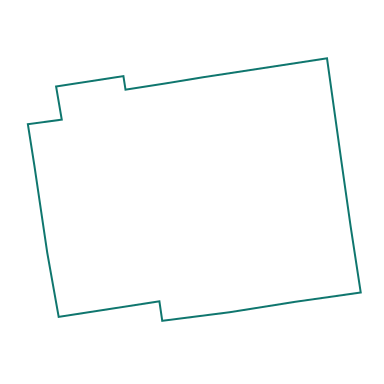 Kosciusko, Indiana, United States of America (Mercator projection), rotated 82°
{"feature_id": "52423323B75702565689180", "entity_name": "Kosciusko", "entity_type": "district", "adm_level": 2, "iso_a3": "USA", "parent_name": "United States of America", "parent_adm1": "Indiana", "projection": "mercator", "projection_center": [-85.876, 41.239], "detail": "fine", "context": "isolated", "style": "outline", "palette": "teal", "viewbox_px": 384, "rotation_deg": 82, "n_neighbors": 0, "source": "geoboundaries", "source_scale": "gbopen_adm2", "svg_char_len": 394}
<svg xmlns="http://www.w3.org/2000/svg" viewBox="0 0 384 384"><g transform="rotate(82 192 192)"><path d="M67.7,243.8L68.6,311.9L102.2,310.9L102.0,345.1L144.7,344.4L232.0,343.8L297.1,341.4L295.7,239.5L315.4,239.4L316.3,171.7L315.9,149.2L315.1,105.4L315.0,38.9L247.8,39.7L179.5,39.8L78.4,39.7L79.9,165.1L80.8,203.5L81.4,243.6L67.7,243.8Z" fill="none" stroke="#0f766e" stroke-width="2"/></g></svg>